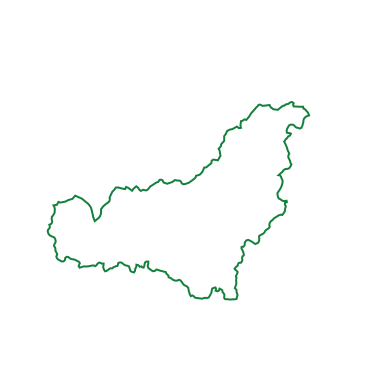 Aimorés, Minas Gerais, Brazil (Robinson projection), rotated 218°
{"feature_id": "56859067B19214757197115", "entity_name": "Aimorés", "entity_type": "district", "adm_level": 2, "iso_a3": "BRA", "parent_name": "Brazil", "parent_adm1": "Minas Gerais", "projection": "robinson", "projection_center": [-41.221, -19.66], "detail": "fine", "context": "isolated", "style": "outline", "palette": "green", "viewbox_px": 384, "rotation_deg": 218, "n_neighbors": 0, "source": "geoboundaries", "source_scale": "gbopen_adm2", "svg_char_len": 5773}
<svg xmlns="http://www.w3.org/2000/svg" viewBox="0 0 384 384"><g transform="rotate(218 192 192)"><path d="M284.3,78.4L282.9,77.5L282.0,75.8L282.2,73.7L281.4,72.1L280.3,71.3L278.9,70.5L277.0,70.3L275.1,70.7L273.9,71.1L272.4,71.4L270.8,70.7L269.0,69.2L268.4,67.7L268.3,66.1L267.5,64.5L265.8,64.0L264.3,62.8L263.6,61.7L262.2,61.1L260.9,60.5L259.7,59.7L259.3,57.7L257.8,56.8L256.6,56.4L255.1,56.5L253.7,56.8L252.2,56.9L251.0,57.7L250.3,58.9L250.3,60.4L251.3,61.9L250.9,63.7L249.5,64.6L248.1,64.6L246.7,64.6L245.0,65.3L243.5,66.2L242.1,66.7L240.3,66.9L238.5,67.4L236.6,66.9L236.2,65.4L235.7,63.8L233.9,63.2L232.8,64.9L231.7,66.5L230.0,67.8L228.2,69.3L226.8,70.9L225.6,72.4L224.1,73.7L222.7,73.9L222.2,75.2L222.3,77.1L221.9,79.0L220.8,79.7L219.0,80.0L217.6,81.2L216.7,79.9L216.0,78.4L214.7,77.3L213.4,76.6L211.7,76.0L210.8,77.1L210.3,78.5L209.9,79.9L209.4,81.6L207.9,82.6L207.5,84.6L206.4,86.5L205.3,87.7L205.6,89.0L206.4,90.7L205.6,91.9L204.4,92.9L202.6,93.0L200.9,92.9L199.4,93.2L197.5,94.1L195.9,94.6L194.4,93.6L192.9,92.6L191.6,91.8L189.8,92.2L188.2,92.9L188.3,94.5L189.1,95.8L189.6,97.4L189.9,98.9L191.0,100.5L189.2,101.3L187.1,100.9L186.1,102.3L184.8,102.0L183.6,102.6L184.1,104.5L184.9,105.9L185.6,107.4L185.1,109.1L183.6,110.3L182.6,109.1L181.8,107.1L180.6,105.8L179.1,105.1L177.1,105.3L175.4,105.3L173.7,105.7L172.6,107.2L172.3,109.0L171.0,109.7L169.7,110.0L168.2,110.6L166.7,111.3L165.1,111.9L163.6,112.8L162.3,112.1L160.6,111.7L159.2,111.7L158.0,110.4L155.9,111.0L154.1,111.2L152.8,111.1L151.0,111.7L149.2,112.9L148.2,114.8L146.3,115.3L145.0,114.8L143.4,114.4L141.4,113.8L139.6,114.1L138.0,114.5L136.0,114.2L134.8,113.1L133.7,112.1L132.1,111.0L130.5,109.8L128.7,109.2L128.2,110.6L126.6,111.0L124.7,110.6L122.9,111.4L121.9,112.1L120.6,112.8L119.5,113.5L118.3,114.2L117.6,115.4L116.6,116.7L115.1,117.4L113.9,119.1L114.1,121.2L114.5,123.3L114.8,124.9L115.7,126.3L116.6,128.3L115.6,130.2L114.7,131.2L113.3,130.3L112.7,128.8L110.9,129.3L110.1,130.8L110.8,132.8L109.3,133.1L107.6,133.2L106.4,132.0L104.9,131.7L103.3,131.1L102.3,129.6L101.5,128.4L100.3,127.9L98.8,128.7L97.6,129.7L96.4,130.3L95.3,131.1L93.9,132.5L92.3,133.7L91.1,135.1L91.8,136.7L92.7,138.9L94.1,139.8L95.2,140.5L96.8,142.3L99.0,142.6L99.6,144.2L100.1,145.9L100.8,147.3L102.2,148.8L103.5,150.5L104.3,152.0L105.5,152.5L106.0,154.8L106.7,157.0L108.1,157.4L109.6,157.4L111.2,157.7L111.2,160.1L110.6,161.9L111.3,163.2L111.5,165.0L109.9,166.4L110.0,168.5L110.7,169.7L111.7,170.5L112.6,172.2L112.2,174.0L113.2,175.1L114.5,176.1L115.9,176.9L117.1,177.5L118.4,178.1L119.1,179.3L117.8,180.5L117.7,182.3L118.5,183.5L119.3,184.7L119.4,187.2L118.2,188.9L117.0,189.2L115.4,189.5L113.9,189.8L112.2,189.8L110.1,190.0L109.4,191.3L108.7,192.4L108.9,194.5L109.9,196.2L111.2,197.5L112.0,198.7L111.5,200.1L110.9,201.6L110.2,203.2L110.0,204.6L110.4,206.5L110.0,208.5L109.2,210.5L109.3,212.5L110.5,213.3L111.3,214.5L111.8,216.3L111.8,218.0L111.2,219.7L111.3,221.2L110.7,223.1L110.0,225.0L109.2,227.2L107.9,229.0L106.7,229.4L106.7,231.2L106.9,232.8L107.2,234.6L108.1,235.7L108.7,237.0L109.3,238.6L111.1,239.3L112.0,240.6L111.0,242.4L112.1,243.3L113.2,242.1L114.3,241.2L115.9,240.7L118.0,240.7L119.7,240.3L121.4,241.2L123.0,242.6L123.9,243.6L124.2,245.6L124.3,248.3L124.7,250.5L125.4,252.9L126.2,254.6L126.8,255.8L128.1,257.1L129.8,257.9L131.4,258.9L133.0,259.3L134.1,258.6L133.7,261.1L133.2,263.3L133.3,265.9L132.4,267.8L131.3,268.7L130.1,270.4L130.1,272.5L130.7,275.0L132.4,275.6L133.8,276.8L135.6,277.7L137.6,278.7L138.6,280.3L139.1,282.3L140.5,282.9L141.7,283.4L143.3,284.5L144.8,285.6L146.3,286.4L147.7,287.2L149.2,287.9L150.4,288.5L150.4,289.9L150.6,291.5L150.2,293.0L150.4,295.1L149.6,296.6L149.9,298.8L151.3,298.6L152.4,297.7L153.8,297.2L155.3,298.7L156.0,300.5L156.3,302.7L156.5,304.2L155.5,306.1L153.9,307.1L152.4,307.4L151.0,307.0L149.2,307.1L147.8,307.9L146.2,308.3L145.4,309.7L145.7,311.9L146.4,313.4L147.1,315.2L148.1,316.8L148.9,318.6L148.7,321.2L147.9,322.8L146.9,324.4L149.5,326.0L152.0,326.4L153.9,326.8L155.7,326.4L156.9,327.6L158.2,326.6L159.9,325.3L164.6,322.0L166.0,323.0L166.6,324.6L168.8,324.4L169.9,322.6L170.4,320.6L172.0,318.8L172.4,316.9L173.4,316.0L175.0,309.6L177.6,308.0L179.0,307.3L180.8,307.3L182.2,307.2L184.4,308.3L189.3,303.4L192.3,302.7L193.2,301.6L193.1,300.0L193.5,298.0L193.4,296.3L193.6,294.8L193.6,293.0L193.9,291.3L193.4,286.3L193.6,282.2L195.4,281.5L196.1,279.1L197.0,278.0L194.9,274.4L192.9,272.7L194.4,271.2L196.9,271.2L197.8,269.0L198.8,266.7L200.8,264.1L201.9,261.6L201.1,258.5L201.0,255.8L198.1,252.1L198.3,249.1L198.4,247.4L197.4,245.8L197.6,242.4L196.1,241.9L191.9,238.1L191.1,232.9L192.7,232.0L194.0,231.4L195.4,230.3L195.7,228.7L194.5,226.5L195.4,222.8L195.9,220.3L197.4,218.7L196.3,214.7L196.3,212.5L196.6,210.3L198.8,207.3L198.1,205.6L198.4,203.5L200.1,197.6L202.3,194.0L203.9,192.6L205.6,192.6L206.9,193.3L208.5,193.5L210.9,191.8L212.8,190.9L213.7,187.7L216.7,183.2L220.2,182.0L222.5,183.1L223.9,182.8L225.0,181.6L224.8,179.2L226.2,177.0L227.2,173.6L228.3,170.8L228.3,167.1L228.7,165.5L229.9,164.5L231.6,163.9L233.1,161.3L235.0,161.4L237.2,162.2L239.4,162.2L239.7,160.5L240.1,158.6L240.0,156.1L245.0,156.0L247.0,155.4L246.5,153.1L249.6,151.5L253.2,150.0L254.8,148.5L254.6,146.3L254.9,143.0L254.3,140.2L253.6,137.2L252.0,135.2L251.4,133.7L251.7,131.8L252.3,129.9L253.0,127.0L253.1,125.5L253.1,122.5L251.5,120.5L250.3,118.5L249.6,116.5L249.5,114.3L250.3,110.9L250.7,109.2L254.7,111.6L256.1,112.9L257.9,114.3L259.5,115.7L262.3,117.6L263.6,118.1L266.7,118.8L269.2,118.8L272.0,118.9L274.4,119.0L281.8,117.2L282.0,112.9L284.6,109.4L285.4,107.2L287.2,104.9L289.4,102.5L291.1,102.0L290.6,98.7L292.9,96.2L291.1,95.4L289.8,94.3L287.6,91.3L287.2,89.2L287.0,87.7L287.2,86.3L285.8,84.1L284.2,82.9L283.5,81.8L283.3,80.2L284.3,78.4Z" fill="none" stroke="#15803d" stroke-width="2"/></g></svg>